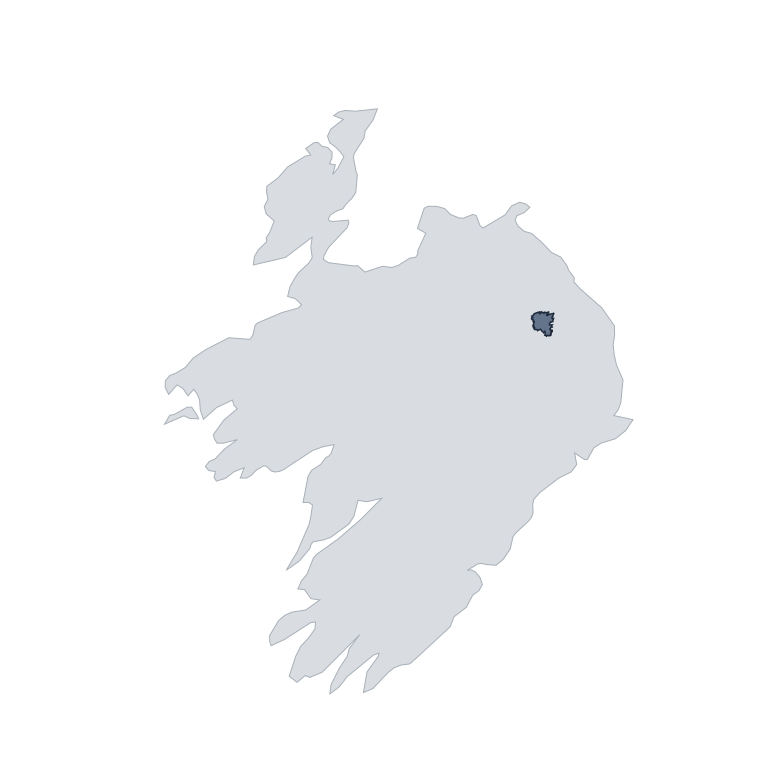 Naas Lea-7, Kildare, Ireland (highlighted), rotated 330°
{"feature_id": "5873133B14255448334282", "entity_name": "Naas Lea-7", "entity_type": "district", "adm_level": 2, "iso_a3": "IRL", "parent_name": "Ireland", "parent_adm1": "Kildare", "projection": "robinson", "projection_center": [-6.602, 53.206], "detail": "fine", "context": "in_parent", "style": "filled", "palette": "slate", "viewbox_px": 768, "rotation_deg": 330, "n_neighbors": 0, "source": "geoboundaries", "source_scale": "gbopen_adm2", "svg_char_len": 7698}
<svg xmlns="http://www.w3.org/2000/svg" viewBox="0 0 768 768"><g transform="rotate(330 384 384)"><path d="M489.5,161.2L473.3,169.6L470.7,172.7L466.1,185.8L465.5,189.5L455.3,204.0L449.5,207.0L440.9,209.3L436.0,211.7L429.9,210.5L422.1,210.7L418.2,213.3L418.4,215.3L420.7,217.6L435.0,224.3L434.1,227.0L430.1,230.2L404.2,238.0L396.5,242.7L393.8,245.8L396.5,251.1L416.9,266.7L420.4,268.4L423.4,277.5L441.6,281.3L449.0,287.0L455.4,288.4L469.3,287.9L474.9,290.0L478.1,288.4L480.0,285.4L495.6,274.3L490.8,266.0L506.6,251.9L510.9,252.1L518.3,256.4L524.3,262.4L526.3,270.4L532.0,277.7L535.7,280.1L545.8,281.6L548.1,284.4L546.3,294.9L547.8,298.4L573.3,298.1L583.6,293.5L592.4,294.4L596.8,299.0L598.7,303.9L591.1,305.7L583.2,304.7L579.3,307.9L579.0,314.0L581.7,321.8L587.1,327.4L591.4,340.0L594.9,353.9L600.5,362.4L601.6,372.8L600.8,378.0L601.9,387.2L599.5,390.4L601.3,399.1L610.7,427.1L612.6,448.9L608.1,457.1L601.9,464.8L597.9,474.0L594.8,483.9L593.0,500.0L579.6,518.7L573.9,523.4L567.3,526.3L581.8,539.4L569.9,545.2L557.0,547.1L542.7,543.8L533.8,544.2L522.5,551.0L519.9,549.8L514.6,539.0L510.6,550.1L502.4,553.7L488.3,552.9L464.7,555.9L455.6,559.0L451.8,564.0L449.0,569.7L445.3,573.1L441.1,574.9L422.9,579.1L419.3,580.8L410.8,590.0L399.7,595.4L390.5,597.0L382.4,591.6L379.1,588.4L375.3,586.7L362.8,587.0L366.7,588.7L369.2,592.5L370.4,599.7L368.9,606.9L362.7,610.5L355.3,611.2L343.6,618.6L328.2,620.6L319.8,627.4L268.7,638.9L265.8,639.1L258.8,636.1L251.2,634.8L243.6,635.8L222.2,642.2L211.9,640.9L225.3,624.9L243.2,616.8L245.1,614.6L239.3,613.5L205.6,619.1L193.8,623.9L182.1,625.3L187.7,618.0L202.9,608.0L216.1,601.4L221.8,595.6L237.7,588.9L186.4,602.7L173.1,601.0L170.0,597.1L159.5,598.9L155.8,589.7L171.5,575.6L180.7,569.5L191.4,566.3L201.8,561.6L205.7,555.8L200.9,554.0L170.1,555.5L155.4,554.2L156.3,549.7L159.1,544.7L174.6,536.1L182.9,534.7L190.2,535.5L203.2,540.6L220.5,538.9L213.4,533.4L212.3,522.2L206.9,518.5L214.0,513.3L222.2,510.2L235.9,499.4L240.7,497.8L267.4,495.2L296.3,489.6L324.9,481.8L310.3,477.4L303.4,471.7L292.0,483.3L283.8,487.7L260.9,490.1L253.7,488.8L243.6,485.2L240.4,486.6L237.4,489.4L222.2,495.0L206.2,496.4L224.9,486.0L248.7,468.3L254.0,462.7L261.6,453.0L259.4,448.7L254.6,446.2L271.9,426.2L277.9,422.6L288.8,422.0L296.8,418.8L300.3,418.8L303.5,417.6L310.5,411.6L299.8,407.8L288.8,405.9L254.4,407.9L249.9,407.5L245.6,405.7L242.9,403.0L241.0,396.2L238.5,394.7L230.7,394.7L223.0,396.8L217.7,396.6L212.5,393.6L221.0,386.6L210.3,385.0L199.4,386.4L190.3,384.3L190.1,379.9L194.3,375.6L189.0,371.4L188.0,366.2L193.8,363.7L200.1,364.5L212.9,360.6L229.3,358.8L215.4,355.0L209.8,351.7L209.7,346.7L210.9,342.5L227.2,335.2L244.6,332.0L243.4,327.3L244.7,322.1L227.2,320.7L209.9,324.3L212.0,314.5L216.3,305.6L217.2,299.7L216.5,293.5L208.4,296.2L207.6,287.3L204.3,281.3L192.3,285.4L192.8,277.5L196.3,271.9L202.6,269.5L208.8,270.5L220.3,270.4L231.4,266.2L247.4,265.1L272.8,266.4L290.2,278.3L294.7,276.2L301.8,268.7L305.1,267.9L331.4,271.1L347.8,275.4L352.2,274.1L349.9,265.8L344.3,260.0L351.5,252.5L360.2,247.4L365.9,244.8L379.2,241.7L385.0,238.7L389.0,229.0L395.2,220.9L361.9,225.1L330.4,215.6L335.5,208.8L342.2,205.0L353.8,202.0L354.9,198.5L360.8,195.6L370.5,187.9L367.0,177.8L369.0,170.5L376.0,165.8L378.2,159.1L381.4,154.2L395.4,152.5L408.9,147.9L429.7,147.3L435.1,149.1L433.9,141.0L443.7,140.0L447.5,141.6L449.2,147.3L453.6,151.0L454.9,157.3L451.9,162.3L446.9,166.0L451.4,169.9L444.3,177.0L452.0,174.0L462.9,167.1L462.3,161.5L460.5,154.4L457.6,148.1L459.0,141.1L465.1,136.7L481.1,134.5L474.6,126.5L480.5,125.8L486.8,127.5L496.1,133.7L515.9,142.4L506.2,150.1L494.2,155.4L489.5,161.2ZM206.5,317.7L206.0,321.5L198.5,316.7L194.8,311.5L173.9,309.1L182.8,303.9L187.0,305.5L201.8,305.7L205.9,307.9L206.5,317.7Z" fill="#d9dde1" stroke="#a8b0b8" stroke-width="1"/><path d="M543.0,407.3L542.4,407.6L542.3,407.8L542.6,408.1L542.7,408.4L542.6,408.6L542.2,408.7L542.3,408.8L542.0,409.0L542.2,409.4L542.5,410.1L542.4,410.1L542.2,410.1L541.8,409.9L541.8,410.0L541.7,410.2L542.0,410.3L542.3,410.6L542.2,410.9L542.1,411.0L541.6,411.6L541.7,412.2L541.8,412.3L542.3,412.4L542.6,412.7L542.8,412.7L542.9,412.8L543.2,413.0L543.3,413.1L543.2,413.2L543.4,413.4L543.5,413.4L543.6,413.6L543.8,413.6L543.9,413.9L543.9,414.2L543.8,414.5L544.2,414.5L544.3,414.6L544.6,414.5L544.8,414.5L545.0,414.6L545.5,414.7L545.8,414.6L546.0,414.6L546.4,414.7L546.7,414.7L546.9,414.9L546.9,415.0L546.9,415.3L547.0,415.5L547.1,415.9L547.2,416.0L547.1,416.3L547.2,416.2L547.3,416.6L547.3,416.8L547.2,417.1L547.3,417.7L547.5,417.9L547.5,418.1L547.7,418.4L547.9,418.7L548.0,418.8L548.2,419.1L548.1,419.3L548.6,419.2L549.0,419.2L549.2,419.5L549.4,419.4L549.5,419.3L549.4,420.0L549.2,420.4L549.0,420.7L548.6,421.1L548.5,421.4L548.1,421.9L547.8,422.0L547.7,422.1L547.9,422.2L548.1,422.3L548.3,422.3L548.4,422.6L548.3,423.0L548.6,423.9L548.8,423.9L549.1,423.5L549.3,423.5L549.5,423.4L549.9,423.6L550.3,423.9L550.6,424.5L550.8,424.6L551.2,424.7L551.6,424.9L551.6,425.0L551.8,425.1L552.0,425.2L552.3,425.2L552.5,425.2L552.6,424.9L552.9,424.8L553.3,424.9L553.4,424.7L553.1,424.6L553.0,424.2L553.6,424.1L553.8,423.9L553.5,423.6L553.9,423.3L554.0,423.3L554.3,423.4L554.5,423.3L554.8,423.1L555.0,422.8L555.0,422.7L555.4,422.8L555.8,422.8L555.9,422.7L555.6,422.4L555.5,422.2L555.7,421.9L555.8,421.8L556.0,421.9L556.1,422.0L556.4,421.9L556.5,421.6L555.7,421.2L555.4,421.2L555.6,421.0L555.6,420.5L555.5,420.1L555.2,420.2L555.1,419.7L555.5,419.6L555.4,419.3L555.6,419.2L556.1,418.8L556.4,418.6L556.7,418.5L556.8,418.4L557.3,418.5L557.4,418.4L557.5,418.4L557.5,418.6L558.2,418.8L558.2,418.4L557.9,418.3L557.8,418.2L557.9,417.9L558.0,417.8L558.1,417.6L558.5,417.2L558.9,417.0L559.2,416.9L558.7,416.6L557.9,416.2L557.5,416.1L556.9,415.5L556.9,415.3L557.4,414.6L557.5,414.5L558.1,414.2L559.3,414.0L559.3,413.8L559.5,413.9L559.8,413.8L560.3,413.9L560.6,414.0L561.3,414.4L561.4,414.1L561.5,414.0L561.7,413.9L562.2,413.3L562.6,413.0L563.0,412.6L563.3,412.3L563.2,412.0L563.4,411.9L562.7,411.6L562.3,411.2L562.4,410.9L562.4,410.7L562.9,410.5L563.3,410.2L563.6,409.6L564.1,409.7L564.6,409.2L565.4,408.6L565.6,408.3L565.9,408.0L566.1,407.8L566.3,407.7L566.2,407.5L565.9,407.5L565.6,407.5L564.7,407.2L563.7,406.9L562.8,406.6L562.5,406.4L562.3,406.3L562.2,406.4L562.0,406.2L561.8,406.2L561.7,406.2L561.0,406.3L560.8,406.3L560.8,406.2L560.7,406.3L560.6,406.2L560.4,406.3L559.9,406.2L560.1,405.9L559.8,405.8L560.0,405.6L559.9,405.5L559.6,405.4L559.8,405.2L560.2,405.0L560.5,404.6L560.7,404.8L560.8,405.0L561.1,404.8L561.5,404.3L561.8,404.4L562.2,404.4L562.4,404.3L562.6,404.0L562.4,403.8L561.7,404.1L561.5,403.9L561.4,404.0L561.4,403.9L560.8,403.6L560.7,403.5L560.3,403.5L560.1,403.2L559.9,403.1L559.7,402.9L559.3,402.5L559.0,402.5L558.5,402.6L558.7,402.2L558.2,402.2L558.1,402.4L557.6,401.8L557.3,401.9L557.1,401.5L556.9,401.0L556.5,400.2L556.1,400.1L555.9,400.2L556.1,400.5L556.3,400.8L555.8,400.9L555.5,401.0L555.4,400.9L555.5,400.9L555.2,400.6L554.3,400.8L554.6,400.3L554.7,400.0L554.8,400.0L554.9,399.9L554.7,399.7L554.8,399.5L554.8,399.4L554.5,399.1L554.0,399.4L553.6,399.2L553.3,399.5L552.9,399.2L552.6,398.8L552.5,398.7L552.4,398.7L550.7,398.5L550.4,398.6L550.1,398.5L549.9,398.3L549.6,398.3L549.2,398.4L548.6,398.4L548.2,398.7L548.0,398.9L547.6,399.0L547.4,399.3L547.0,399.3L546.8,399.3L546.4,399.1L546.2,399.1L546.4,399.4L546.4,399.5L546.1,399.8L545.9,400.0L545.5,400.1L545.4,400.4L545.4,400.5L545.6,400.8L545.2,400.7L544.9,400.8L544.5,401.0L544.3,401.3L544.7,402.2L544.6,402.4L545.0,402.7L545.2,402.9L545.3,403.0L545.3,403.3L545.2,403.8L544.5,404.1L544.4,404.4L544.5,404.5L545.2,404.8L545.3,404.9L545.2,405.0L544.9,405.3L544.7,405.8L544.2,405.8L543.9,406.4L543.6,406.9L543.4,407.2L543.0,407.3Z" fill="#64748b" stroke="#1e293b" stroke-width="1.5"/></g></svg>